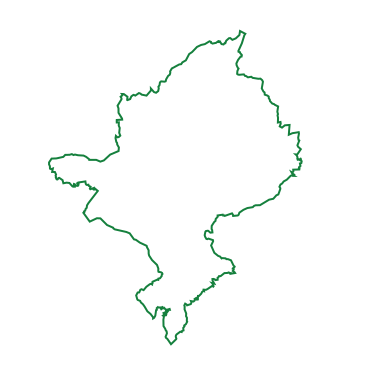 Varfuri, Dâmbovita, Romania (Albers equal-area conic projection), rotated 157°
{"feature_id": "2599482B31531566828838", "entity_name": "Varfuri", "entity_type": "district", "adm_level": 2, "iso_a3": "ROU", "parent_name": "Romania", "parent_adm1": "Dâmbovita", "projection": "albers", "projection_center": [25.505, 45.099], "detail": "fine", "context": "isolated", "style": "outline", "palette": "green", "viewbox_px": 384, "rotation_deg": 157, "n_neighbors": 0, "source": "geoboundaries", "source_scale": "gbopen_adm2", "svg_char_len": 5966}
<svg xmlns="http://www.w3.org/2000/svg" viewBox="0 0 384 384"><g transform="rotate(157 192 192)"><path d="M297.7,204.7L289.8,205.0L286.6,203.5L283.1,194.8L278.5,189.9L278.6,189.2L277.7,187.8L268.1,180.9L265.5,178.3L263.9,171.1L262.3,169.9L259.8,165.8L254.8,160.2L255.0,158.7L254.7,155.3L256.0,152.1L256.3,150.2L255.4,145.0L252.7,138.5L252.9,134.7L253.9,132.5L254.0,131.6L251.9,130.2L251.2,129.2L251.2,128.1L252.4,127.4L252.7,126.5L255.1,125.1L256.8,125.4L257.4,124.3L258.3,124.9L263.4,124.8L264.1,123.3L264.8,123.4L265.0,122.7L265.6,123.5L266.9,123.6L271.0,122.6L274.9,120.6L276.4,122.2L277.7,122.2L279.8,120.2L281.3,120.7L283.8,118.6L284.3,114.4L284.0,113.7L282.3,112.1L282.2,110.3L281.0,107.8L280.4,105.0L279.7,99.6L277.8,95.9L276.8,91.9L277.2,90.8L276.0,91.0L274.1,92.5L271.2,97.3L270.4,97.3L269.8,98.9L268.4,99.4L268.0,98.7L266.4,98.2L266.1,96.1L265.3,96.3L265.3,97.4L264.3,97.8L264.1,97.6L264.7,96.6L263.4,95.9L262.8,96.1L262.3,94.3L261.0,93.4L258.3,93.1L258.4,92.3L259.6,93.0L262.4,92.6L262.7,91.8L265.5,91.7L265.3,90.4L265.6,89.7L265.2,89.6L264.0,90.1L264.0,91.0L263.0,91.6L262.2,91.3L261.8,92.3L260.6,91.8L263.4,90.2L263.4,89.5L264.1,88.7L266.0,89.2L266.0,89.8L267.0,89.6L266.4,88.5L268.2,85.7L270.6,79.7L270.1,76.6L270.2,74.8L269.8,73.8L270.3,71.7L272.9,69.0L272.9,67.9L272.1,66.5L270.8,60.1L264.1,62.7L263.7,63.1L263.5,65.1L262.9,66.2L261.9,66.9L257.4,68.0L256.2,67.1L255.4,68.0L253.9,67.9L253.2,70.3L251.4,71.3L251.3,72.2L249.3,72.7L247.1,74.5L247.2,75.2L245.8,78.2L246.0,80.0L244.8,82.5L244.7,86.8L243.5,89.5L243.4,90.6L241.9,91.9L240.9,90.5L240.8,89.6L236.9,89.3L235.0,91.2L235.6,91.5L235.6,92.0L233.4,90.6L231.9,91.1L231.5,91.5L231.4,92.5L229.6,92.8L229.5,91.0L228.6,90.8L227.1,94.0L226.1,93.6L223.2,94.8L221.7,96.1L220.3,96.3L219.9,97.0L219.5,96.3L219.1,97.4L217.4,96.5L215.7,96.6L210.1,97.7L209.4,96.6L208.9,96.9L209.2,98.3L208.7,99.1L209.1,100.3L207.3,98.9L207.7,102.4L207.2,103.9L206.0,103.5L204.9,102.3L204.9,101.8L202.7,101.2L201.9,103.1L201.1,103.1L200.1,104.0L198.5,103.4L193.8,104.7L191.3,103.7L189.6,103.6L189.4,103.0L187.9,102.1L188.3,101.6L184.0,100.6L184.2,101.6L185.3,103.4L183.9,104.3L183.9,105.2L184.4,105.6L184.2,105.8L182.6,106.0L181.9,106.7L182.5,107.9L182.8,113.9L185.2,116.2L186.6,116.8L187.0,117.8L190.1,119.4L190.7,119.3L191.4,121.6L192.9,123.0L195.2,127.3L195.3,135.3L191.8,138.4L191.5,139.5L195.1,142.7L196.3,142.6L197.1,143.2L197.4,145.7L197.2,147.3L195.2,150.2L194.5,150.6L192.9,150.3L192.2,149.9L191.0,147.4L189.0,146.8L188.3,149.2L188.4,150.3L187.1,153.1L183.3,155.7L181.7,156.2L180.7,157.9L178.0,159.2L177.6,160.4L172.5,159.1L172.5,158.1L171.2,157.7L171.1,157.2L163.5,156.7L163.2,155.1L163.5,153.9L159.0,152.5L158.0,152.8L156.4,154.5L151.6,155.5L147.3,155.6L142.0,154.3L140.2,155.0L138.6,154.9L134.6,153.3L124.0,154.8L119.8,154.0L115.6,156.0L113.5,156.0L109.6,160.2L109.2,161.0L109.5,162.6L107.6,164.3L105.7,164.6L103.5,165.9L99.9,166.3L94.8,168.4L93.3,168.4L93.1,167.6L91.6,166.9L91.8,167.2L91.1,167.9L92.6,170.3L92.7,171.6L92.0,170.7L90.7,171.3L90.1,173.0L84.4,170.8L83.8,171.8L84.3,172.2L83.8,173.0L82.0,173.6L81.5,176.1L80.1,175.9L79.0,177.5L79.6,178.8L78.9,179.6L79.0,180.2L80.1,180.0L80.4,179.5L81.6,181.2L81.8,180.3L82.1,180.4L82.0,181.6L81.3,182.8L81.3,184.8L81.9,186.1L80.5,185.4L75.1,188.9L76.7,192.3L76.7,193.8L73.1,197.5L73.6,198.3L73.0,200.6L70.7,204.0L70.4,205.4L76.6,206.9L80.5,206.9L76.0,215.6L80.5,217.1L84.0,216.1L85.6,218.1L83.6,220.3L83.2,221.9L85.8,222.4L83.8,226.7L83.3,229.2L82.4,230.1L82.1,232.5L79.3,237.1L81.7,239.9L82.1,240.8L83.6,242.1L84.7,245.3L84.3,246.7L84.7,248.2L84.1,249.9L84.9,251.3L87.0,253.2L86.3,255.3L87.0,256.6L87.3,260.1L83.6,265.8L83.7,267.5L84.7,269.6L86.7,270.3L91.6,273.4L92.4,274.9L95.7,275.7L97.0,277.7L97.8,278.1L98.3,280.0L102.9,281.5L104.0,282.4L104.3,283.1L102.9,285.7L100.9,287.5L101.3,288.3L101.4,291.3L100.9,293.0L98.0,295.6L94.3,297.7L93.5,297.3L92.8,298.2L92.6,298.8L93.4,301.0L93.2,301.9L94.4,302.9L94.2,303.7L88.0,309.4L82.6,315.8L81.1,316.8L84.9,321.4L87.0,318.0L91.7,316.3L95.4,316.3L96.6,318.7L97.9,319.1L101.4,317.9L103.1,316.0L103.5,316.4L105.3,315.5L107.0,316.6L107.4,319.0L108.8,319.6L107.9,320.0L108.7,320.6L111.6,319.9L115.1,320.6L116.2,322.0L115.9,322.8L117.0,323.9L122.4,323.1L126.1,323.8L130.7,323.6L137.2,320.8L140.7,320.1L146.2,315.6L150.2,315.1L152.0,313.9L153.9,314.4L162.3,313.6L165.0,311.6L165.4,310.2L166.6,308.7L168.6,308.2L171.7,305.9L173.0,304.2L174.2,304.3L177.2,305.9L178.7,305.4L180.2,303.0L181.8,302.0L182.1,300.4L183.7,298.1L186.3,297.4L187.9,298.8L189.4,303.3L190.1,301.5L196.2,298.5L200.3,301.3L201.0,302.7L202.2,303.8L206.5,302.9L207.7,304.2L208.5,304.2L210.5,303.7L212.6,301.7L215.5,301.8L215.7,302.1L214.2,304.9L216.5,308.8L218.2,309.6L218.0,308.7L218.3,308.2L220.5,307.6L220.3,305.8L220.7,304.9L226.8,300.5L227.0,297.7L228.7,293.6L227.7,286.9L228.0,285.9L233.1,287.7L233.6,286.7L234.1,285.4L232.1,284.7L233.5,281.7L233.5,279.2L235.9,274.9L236.0,271.9L238.0,271.2L239.3,271.5L240.1,273.4L241.3,271.6L242.1,267.8L241.8,266.4L242.3,264.9L241.9,261.6L243.6,258.4L252.7,258.4L260.8,255.5L264.5,255.8L267.6,259.0L274.0,261.7L273.8,262.2L275.7,265.7L277.6,267.9L282.6,270.4L285.1,272.2L286.6,272.3L287.8,273.8L290.2,274.1L294.2,275.7L296.7,274.6L303.7,275.9L308.2,277.6L312.0,275.1L312.8,273.2L312.7,271.4L313.6,269.0L312.8,268.1L310.9,268.0L312.9,265.1L310.4,264.0L310.3,261.2L311.2,260.3L311.3,259.0L311.7,258.6L311.7,256.8L311.3,256.2L310.6,256.2L309.6,257.0L308.7,256.9L306.5,253.5L307.0,250.3L303.8,249.6L301.3,248.2L299.9,244.0L299.3,243.3L297.8,242.7L297.6,243.3L298.0,244.7L297.5,245.5L296.9,245.0L296.6,243.3L294.8,242.3L294.2,242.4L293.4,243.5L294.3,244.2L294.3,244.9L293.1,245.2L286.0,243.4L286.6,241.1L286.5,240.2L285.9,239.5L284.5,239.2L284.6,238.0L283.3,236.5L284.7,235.0L284.5,234.3L281.2,234.1L281.9,233.3L281.6,232.7L280.6,232.3L279.9,232.9L278.3,229.8L291.6,222.3L293.9,220.7L295.1,218.6L296.5,218.0L297.6,216.6L299.0,216.3L299.1,215.4L300.1,215.2L297.7,204.7Z" fill="none" stroke="#15803d" stroke-width="2"/></g></svg>